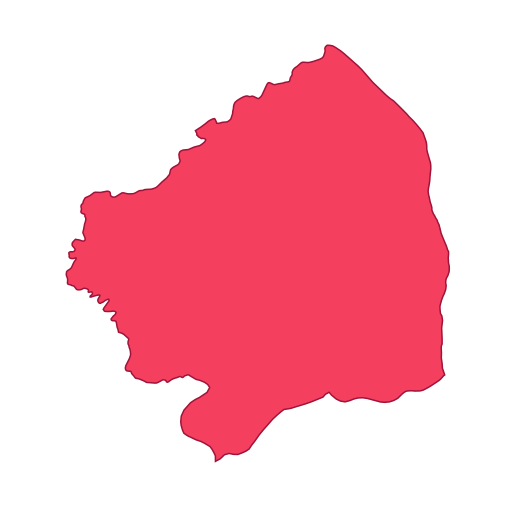 Adi Tekeliezan, Anseba, Eritrea (Natural Earth projection), rotated 80°
{"feature_id": "51966322B26692993849308", "entity_name": "Adi Tekeliezan", "entity_type": "district", "adm_level": 2, "iso_a3": "ERI", "parent_name": "Eritrea", "parent_adm1": "Anseba", "projection": "natural_earth1", "projection_center": [38.763, 15.608], "detail": "fine", "context": "isolated", "style": "filled", "palette": "rose", "viewbox_px": 512, "rotation_deg": 80, "n_neighbors": 0, "source": "geoboundaries", "source_scale": "gbopen_adm2", "svg_char_len": 6037}
<svg xmlns="http://www.w3.org/2000/svg" viewBox="0 0 512 512"><g transform="rotate(80 256 256)"><path d="M405.9,90.8L398.9,91.9L394.2,91.4L388.4,91.2L383.8,90.2L378.2,89.5L376.4,88.9L375.0,88.0L369.3,87.0L359.2,85.7L352.0,83.5L349.5,83.4L347.1,83.4L344.8,84.3L341.2,84.1L337.9,83.7L336.5,83.2L331.6,80.9L327.9,78.7L325.4,76.9L321.7,74.9L317.9,73.8L316.0,73.9L313.5,73.5L311.3,72.6L308.5,70.4L305.1,68.6L301.9,67.8L299.4,67.5L296.3,67.6L291.2,67.0L287.9,66.1L285.2,65.6L283.0,66.3L279.6,66.7L274.0,68.0L266.1,69.7L257.1,70.3L254.4,71.1L252.2,71.4L249.6,72.5L247.3,73.1L245.6,73.9L241.5,74.8L238.4,74.4L232.6,75.1L228.0,75.2L226.2,75.4L222.5,75.3L219.8,74.6L214.2,72.5L211.2,71.6L208.5,71.0L200.9,68.8L197.4,68.2L194.7,68.0L183.6,69.2L180.7,69.3L176.2,68.6L173.0,68.6L169.7,69.1L163.7,70.1L158.8,72.6L154.4,75.1L149.7,78.0L145.2,81.2L142.3,82.9L135.5,87.6L127.2,93.5L124.3,96.5L120.4,99.8L105.3,110.8L91.0,119.4L86.6,122.5L72.5,133.7L68.7,137.0L64.4,141.5L62.4,144.0L61.4,146.6L60.8,149.3L61.8,151.0L62.5,151.6L63.4,152.1L66.5,152.4L70.6,154.5L71.5,155.2L72.2,156.1L72.7,157.1L73.2,158.7L73.6,160.9L74.3,165.6L74.6,169.4L74.5,171.3L73.3,176.0L73.3,176.9L73.8,178.4L76.4,182.6L77.2,184.5L77.9,185.7L78.9,186.9L80.4,188.0L81.4,188.5L83.2,188.8L83.9,189.0L86.4,191.2L89.1,192.3L89.8,192.9L90.1,193.9L90.0,197.4L90.4,199.6L90.3,203.4L90.5,207.6L90.3,208.7L88.2,211.7L87.7,212.6L87.5,213.4L87.7,214.1L88.3,214.9L90.0,216.2L98.5,222.1L100.0,223.6L101.4,226.0L101.1,227.0L98.4,230.8L97.9,231.9L98.0,234.0L97.8,235.1L97.0,236.5L96.8,237.4L96.8,239.2L97.4,241.9L98.4,244.7L99.6,247.6L101.1,250.0L102.7,251.2L104.6,252.1L107.0,252.7L109.6,253.8L111.7,254.3L116.7,257.0L117.3,257.7L118.5,259.9L118.9,261.4L118.5,266.0L118.9,269.4L118.4,271.7L117.6,271.7L114.3,272.5L113.5,273.0L113.5,274.7L114.2,277.4L115.0,279.5L116.8,282.6L119.7,288.4L122.0,293.9L125.4,292.9L125.9,293.2L126.8,293.2L127.5,292.4L128.3,292.3L130.9,289.3L130.9,288.2L131.3,286.7L132.0,285.7L132.9,285.3L133.9,286.0L135.0,287.2L135.9,288.7L137.0,290.9L137.5,292.3L138.0,298.2L139.4,304.1L139.0,309.4L139.4,311.3L139.7,312.2L140.1,312.8L141.0,313.5L142.7,314.3L146.7,314.5L148.9,314.2L149.6,314.4L151.7,315.9L152.3,316.7L152.7,317.6L154.2,322.0L155.3,324.1L156.5,325.3L160.0,326.7L161.3,327.7L162.3,329.0L163.5,330.2L166.6,335.5L170.0,340.4L171.1,342.3L171.6,344.1L172.0,347.5L171.3,353.3L171.3,354.1L171.7,356.1L171.4,359.3L171.6,360.3L172.9,363.9L173.2,365.4L173.3,366.5L172.7,370.6L172.1,372.5L170.8,375.4L170.6,376.3L170.6,377.2L173.1,383.4L173.4,384.4L173.4,385.4L173.2,386.3L172.8,387.3L171.8,388.4L170.9,388.7L168.5,388.6L167.6,388.9L166.9,389.7L166.5,390.5L166.3,391.8L166.4,398.0L165.3,403.1L165.4,404.4L165.7,405.1L167.7,409.0L168.9,413.6L169.4,414.5L172.1,416.6L173.7,417.2L174.2,417.7L175.1,418.9L175.7,419.4L177.0,419.8L179.3,419.7L182.2,420.8L183.1,420.5L183.9,419.7L185.1,417.7L185.8,417.4L187.4,417.6L188.4,417.2L189.3,417.1L190.3,417.2L192.0,417.8L194.9,419.3L199.5,421.0L202.5,422.3L203.3,422.4L208.2,421.3L209.5,421.3L210.4,421.5L211.1,422.3L211.4,423.0L211.2,424.1L209.2,427.9L209.0,428.8L208.2,430.9L210.6,434.1L211.5,434.8L213.5,435.2L214.3,434.9L217.4,433.1L218.3,433.0L219.3,433.7L219.9,434.6L220.0,436.0L219.7,437.3L219.6,438.3L220.1,439.6L221.3,439.9L222.8,439.8L224.4,440.2L225.2,439.9L225.8,439.5L226.3,438.6L226.7,437.4L226.8,436.2L226.5,434.5L226.8,433.5L227.9,433.8L230.6,436.5L234.0,438.8L235.3,439.7L235.9,440.4L236.8,441.9L237.4,443.5L238.0,444.6L238.7,445.3L240.9,446.0L242.5,446.1L244.8,445.6L246.4,445.6L248.0,445.9L249.3,446.3L250.3,446.4L251.0,446.1L251.5,445.4L252.3,443.3L252.9,442.9L253.7,441.1L254.4,440.2L257.1,438.9L257.8,438.4L258.2,437.8L258.6,436.2L258.7,435.1L258.6,433.6L258.0,431.8L258.0,430.2L259.1,428.0L259.8,427.2L260.5,426.9L262.2,427.5L262.7,427.0L262.7,424.3L263.3,423.7L264.8,423.6L265.5,424.3L266.7,426.3L267.5,426.5L267.8,425.6L267.4,423.1L267.1,419.3L267.1,417.5L267.3,416.8L267.7,416.5L268.2,416.7L270.6,418.7L271.4,419.2L272.2,419.5L273.1,419.5L274.2,419.2L275.0,418.7L275.5,418.1L275.6,417.2L275.0,416.0L275.0,415.0L273.5,411.9L273.0,410.0L273.0,408.6L273.9,408.4L274.6,408.6L275.3,409.2L281.0,415.0L282.1,415.7L283.9,414.9L284.3,414.3L284.9,411.9L285.4,408.6L285.4,406.9L285.6,405.6L286.3,404.3L287.0,403.7L287.7,403.8L288.6,404.4L289.3,405.1L290.7,407.4L292.9,409.7L293.9,409.6L294.6,409.0L294.9,408.1L295.0,407.2L295.4,406.2L296.0,405.3L297.3,405.1L302.4,405.1L304.0,404.7L307.2,404.6L308.7,401.6L310.2,399.8L314.8,396.2L315.6,395.8L316.3,395.9L317.7,396.7L319.5,397.2L320.8,397.2L322.3,396.7L323.6,396.8L326.5,396.3L328.0,396.3L330.9,396.5L332.5,397.1L335.3,398.7L341.2,403.1L342.6,403.8L343.6,404.1L344.8,404.2L345.5,404.0L346.2,403.7L346.7,403.1L347.2,401.7L347.7,399.8L348.1,399.2L350.3,398.8L353.0,397.1L354.8,396.3L355.6,395.5L356.4,393.2L357.1,391.9L359.4,388.3L361.5,385.7L363.6,377.6L363.8,375.7L362.8,372.2L361.8,369.6L361.9,368.5L362.3,367.3L363.0,366.4L364.2,366.1L364.9,365.4L364.8,364.3L363.4,361.5L362.9,360.1L362.5,358.6L362.1,356.4L362.1,355.4L361.5,352.5L361.5,351.5L362.5,350.2L362.9,349.4L362.6,348.5L361.7,347.3L361.1,343.4L366.5,337.2L367.3,336.1L368.6,333.0L371.5,328.5L374.1,325.9L377.4,324.4L381.8,327.9L385.5,336.3L386.8,340.7L389.1,345.9L395.3,353.7L400.7,357.4L406.3,358.9L410.0,359.1L414.7,358.6L418.0,357.8L421.1,354.7L426.7,346.8L428.9,342.7L431.0,339.8L435.6,334.4L438.8,332.8L442.4,331.6L445.7,330.7L451.2,331.6L449.5,326.4L446.2,321.5L445.8,316.7L447.4,312.7L448.3,308.3L447.6,304.5L446.5,300.0L444.9,296.3L441.3,292.9L438.4,289.6L432.8,284.0L428.4,278.9L419.6,267.9L415.9,262.2L413.8,258.6L412.0,255.2L412.1,248.3L409.9,231.0L409.1,226.3L406.6,214.6L404.2,211.6L402.9,207.6L406.1,205.8L410.9,201.7L413.6,197.9L415.1,193.6L414.7,188.8L413.8,184.4L413.5,180.2L414.1,175.6L415.6,171.1L421.4,158.7L422.5,154.4L422.8,149.7L422.2,145.4L420.8,141.2L417.1,135.8L416.0,133.8L415.3,131.8L415.2,130.2L415.7,126.2L416.6,122.9L417.3,118.2L417.3,116.3L417.0,114.2L415.7,110.2L414.1,105.9L410.4,97.4L409.2,95.4L406.4,91.9L405.9,90.8Z" fill="#f43f5e" stroke="#9f1239" stroke-width="1.5"/></g></svg>